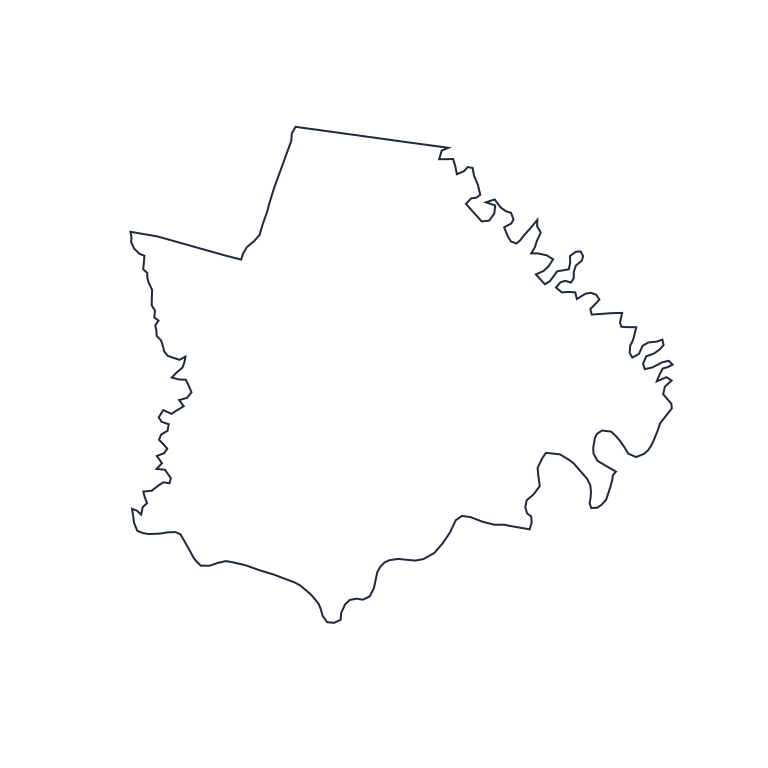 Ubiratã, Paraná, Brazil (Mercator projection), rotated 285°
{"feature_id": "56859067B31755349623241", "entity_name": "Ubiratã", "entity_type": "district", "adm_level": 2, "iso_a3": "BRA", "parent_name": "Brazil", "parent_adm1": "Paraná", "projection": "mercator", "projection_center": [-53.022, -24.51], "detail": "fine", "context": "isolated", "style": "outline", "palette": "slate", "viewbox_px": 768, "rotation_deg": 285, "n_neighbors": 0, "source": "geoboundaries", "source_scale": "gbopen_adm2", "svg_char_len": 3777}
<svg xmlns="http://www.w3.org/2000/svg" viewBox="0 0 768 768"><g transform="rotate(285 384 384)"><path d="M294.2,560.4L296.1,555.7L301.3,552.4L308.6,551.9L316.2,557.1L325.8,560.9L335.3,556.8L342.8,554.1L352.6,555.9L359.4,558.2L361.6,572.1L358.4,583.0L356.4,587.8L345.0,604.7L339.6,609.5L333.3,611.9L327.3,613.0L321.9,613.5L317.9,616.3L319.7,622.0L323.3,625.2L329.6,628.5L343.9,629.3L350.5,629.3L355.1,628.7L359.4,630.7L362.6,618.7L365.1,610.0L371.1,604.3L376.5,602.6L386.1,601.7L390.9,602.6L395.5,606.6L396.8,615.7L393.4,622.0L389.6,627.4L385.6,632.0L379.9,638.1L378.7,646.5L383.9,653.3L388.5,656.3L393.3,657.9L399.1,659.1L409.9,660.4L417.6,660.9L434.9,668.3L439.3,666.7L446.4,656.3L454.2,656.0L461.8,660.9L463.7,655.0L457.2,646.8L463.7,647.6L471.1,649.2L473.8,653.8L477.4,657.7L480.1,653.1L477.1,647.3L469.4,638.9L465.9,632.0L470.6,629.0L478.6,630.1L483.1,636.7L488.2,641.0L493.9,644.0L498.9,641.4L495.5,636.4L492.5,628.5L487.7,623.8L479.1,622.5L473.8,617.0L477.8,613.2L484.6,611.9L491.2,613.2L504.1,613.0L501.7,603.4L500.7,598.4L504.6,596.0L514.3,595.6L511.1,584.8L504.8,566.7L509.9,563.9L514.6,566.7L521.3,570.2L525.1,566.0L525.7,560.4L523.5,555.4L516.0,548.3L522.0,545.0L520.7,538.3L518.5,532.0L521.7,525.2L527.9,528.1L530.6,532.4L530.3,538.3L535.1,539.9L541.5,538.3L548.2,538.7L554.4,543.2L559.1,543.2L562.9,539.7L561.4,535.0L555.7,530.5L549.2,532.5L542.6,532.8L537.6,522.1L526.2,517.6L522.0,513.6L525.4,508.2L529.2,502.3L534.4,508.8L540.1,512.4L548.2,515.1L550.4,508.0L550.0,499.0L548.3,492.4L555.5,494.4L561.6,494.6L570.8,496.2L576.0,491.1L582.2,489.6L572.3,485.1L564.2,480.9L557.9,478.3L554.0,475.5L554.5,469.8L558.6,465.4L566.4,459.5L572.0,465.4L576.5,466.5L582.2,462.4L582.5,456.9L584.7,451.0L590.9,443.1L585.9,435.5L585.2,445.2L577.3,446.4L569.1,443.4L566.3,436.3L574.3,424.0L579.2,416.5L585.9,420.2L587.9,425.1L591.7,428.0L600.6,423.2L608.7,416.9L615.6,413.7L615.2,408.7L610.2,406.1L605.5,400.1L613.2,396.3L619.2,392.5L617.2,385.7L615.4,379.1L624.3,379.3L628.8,385.0L622.6,336.5L614.9,274.8L609.5,232.0L602.0,230.1L595.1,231.5L544.7,227.1L528.2,226.5L520.8,226.6L505.6,225.4L495.7,225.2L488.5,221.6L480.8,216.2L473.4,214.1L467.2,213.8L467.0,197.7L467.2,183.5L467.9,126.9L465.4,99.7L460.5,102.1L455.8,102.9L450.1,107.6L446.4,114.2L445.9,119.4L439.3,120.6L432.5,121.7L430.0,126.6L425.2,128.0L421.1,130.4L414.8,135.7L405.7,137.8L399.9,139.2L395.6,143.8L388.8,144.9L386.9,149.8L381.4,147.9L376.7,150.3L371.7,151.9L368.5,157.3L363.3,160.7L358.8,163.1L355.3,167.7L354.8,173.8L354.4,180.2L359.1,185.1L353.9,185.6L347.7,185.1L341.5,180.8L335.3,177.3L335.3,184.6L336.8,191.5L331.1,196.4L326.1,200.2L319.5,197.2L315.5,190.3L310.7,196.3L304.8,190.6L300.2,186.5L301.6,177.5L293.4,175.0L289.9,179.0L289.4,186.5L282.7,187.0L277.7,181.9L271.9,181.1L268.6,186.8L265.4,191.4L260.2,189.5L255.7,183.2L250.0,190.0L243.1,186.3L244.5,194.7L237.8,202.5L232.6,202.5L231.9,196.3L227.2,192.0L220.8,187.3L217.8,179.4L212.8,182.1L207.6,186.0L202.7,182.8L195.0,183.2L197.7,178.1L198.2,172.9L192.0,175.7L185.0,178.6L178.3,183.7L177.6,189.8L178.2,195.8L181.5,206.3L184.5,212.9L187.0,220.8L186.1,226.3L178.8,233.6L172.4,239.9L167.7,244.2L164.7,247.8L161.1,254.0L163.3,262.5L168.2,269.8L172.0,277.0L172.6,283.1L173.1,297.0L172.6,303.3L171.9,311.5L171.4,326.8L170.4,336.5L169.2,349.0L167.7,355.3L161.8,367.8L158.4,372.8L154.3,378.2L150.1,381.2L144.2,384.7L139.2,390.8L140.4,397.6L144.9,403.1L151.8,401.9L161.2,403.5L166.5,406.8L169.5,412.9L170.2,419.4L175.2,425.2L184.3,427.1L200.5,426.2L206.8,427.8L211.9,430.8L215.2,434.9L218.7,442.8L220.0,451.0L221.5,459.8L225.0,467.3L233.9,476.4L245.1,481.8L257.7,486.2L271.1,488.6L276.8,493.5L277.8,502.0L276.5,514.5L276.5,520.5L276.6,526.7L279.3,537.1L279.5,542.5L281.3,562.3L288.5,562.5L294.2,560.4Z" fill="none" stroke="#1e293b" stroke-width="2"/></g></svg>